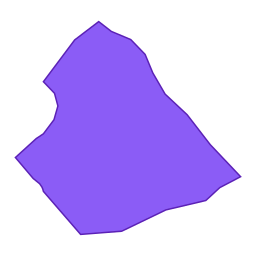 SVG path tracing the border of Brda
{"feature_id": "SVN-1024", "entity_name": "Brda", "entity_type": "Municipality", "adm_level": 1, "iso_a3": "SVN", "parent_name": "Slovenia", "parent_adm1": "", "projection": "albers", "projection_center": [13.525, 46.021], "detail": "fine", "context": "isolated", "style": "filled", "palette": "violet", "viewbox_px": 256, "rotation_deg": 0, "n_neighbors": 0, "source": "natural_earth", "source_scale": "10m", "svg_char_len": 466}
<svg xmlns="http://www.w3.org/2000/svg" viewBox="0 0 256 256"><path d="M15.4,157.5L36.3,138.5L43.4,133.8L54.0,119.7L57.9,106.0L54.5,93.3L43.4,81.7L74.7,39.9L98.7,21.6L111.3,31.4L130.8,39.6L145.1,54.4L152.8,72.9L165.1,94.1L187.2,114.8L210.2,144.6L240.6,176.7L219.8,187.6L206.8,199.6L205.8,200.5L165.9,209.9L121.7,231.2L80.6,234.4L43.4,191.4L42.8,189.1L42.0,187.2L40.8,185.4L39.6,183.7L33.2,178.5L15.4,157.5Z" fill="#8b5cf6" stroke="#5b21b6" stroke-width="1.5"/></svg>